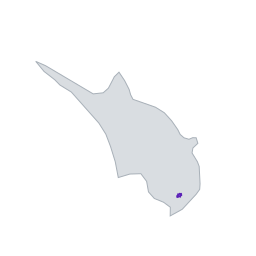 location of Giolou, Paphos, Cyprus, rotated 247°
{"feature_id": "46923920B14878723805289", "entity_name": "Giolou", "entity_type": "district", "adm_level": 2, "iso_a3": "CYP", "parent_name": "Cyprus", "parent_adm1": "Paphos", "projection": "orthographic", "projection_center": [32.479, 34.929], "detail": "fine", "context": "in_parent", "style": "filled", "palette": "violet", "viewbox_px": 256, "rotation_deg": 247, "n_neighbors": 0, "source": "geoboundaries", "source_scale": "gbopen_adm2", "svg_char_len": 1682}
<svg xmlns="http://www.w3.org/2000/svg" viewBox="0 0 256 256"><g transform="rotate(247 128 128)"><path d="M180.5,135.4L182.9,141.5L173.0,143.4L163.1,144.1L157.5,143.4L152.4,143.8L136.4,161.4L127.8,167.4L117.5,171.0L107.0,173.2L101.7,173.5L97.1,175.7L93.8,179.7L93.8,183.7L92.4,186.9L86.6,186.3L84.2,179.9L80.0,177.2L69.8,178.7L64.8,178.5L48.4,172.5L43.5,170.0L40.4,164.9L32.0,146.2L30.6,132.5L38.5,136.0L45.8,131.7L52.8,124.7L61.2,121.9L66.4,123.1L71.6,124.3L80.9,122.0L84.9,111.7L86.2,99.7L102.0,103.1L117.9,104.7L131.0,105.2L143.9,103.1L183.2,89.9L194.2,82.1L201.1,79.4L212.9,72.8L225.4,69.1L217.5,76.5L173.0,109.3L170.1,118.9L172.3,125.5L178.8,133.4L180.5,135.4Z" fill="#d9dde1" stroke="#a8b0b8" stroke-width="1"/><path d="M45.0,146.7L45.0,146.8L45.1,147.0L45.3,147.2L45.2,147.3L45.3,147.3L45.3,147.5L45.2,147.8L45.2,148.0L45.3,148.2L45.3,148.4L45.2,148.5L45.1,148.8L44.9,148.9L44.8,149.1L44.7,149.1L44.6,149.4L44.7,149.5L44.8,149.6L44.7,149.6L44.8,149.7L45.0,149.8L45.1,150.0L45.2,150.3L45.2,150.5L45.2,150.8L45.3,150.8L45.5,150.9L45.5,151.0L45.8,151.1L46.0,151.1L46.1,151.3L46.2,151.5L46.2,151.4L46.3,151.3L46.4,151.2L46.5,151.1L46.6,151.3L46.8,151.3L46.9,151.1L46.9,150.9L46.7,150.8L46.6,150.7L46.7,150.3L46.8,150.2L46.9,150.3L47.0,150.4L47.1,150.2L47.3,150.1L47.4,149.9L47.5,149.8L47.5,149.7L47.4,149.6L47.2,149.4L47.1,149.2L47.3,149.0L47.3,148.9L47.2,148.9L47.0,148.7L47.2,148.4L47.0,148.2L46.9,148.0L46.8,147.9L46.9,147.7L47.0,147.7L46.9,147.6L46.7,147.5L46.6,147.4L46.7,147.2L46.6,146.9L46.4,146.8L46.3,146.7L46.2,146.6L45.8,146.5L45.8,146.4L45.7,146.4L45.4,146.3L45.1,146.2L45.0,146.3L45.0,146.5L45.0,146.7Z" fill="#8b5cf6" stroke="#5b21b6" stroke-width="1.5"/></g></svg>